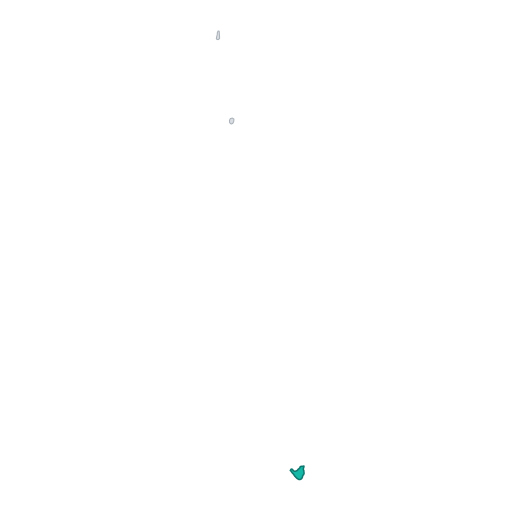 Addoo, Maldives shown in context, rotated 346°
{"feature_id": "70690204B51409682910063", "entity_name": "Addoo", "entity_type": "district", "adm_level": 2, "iso_a3": "MDV", "parent_name": "Maldives", "parent_adm1": "", "projection": "robinson", "projection_center": [73.16, -0.641], "detail": "fine", "context": "in_parent", "style": "filled", "palette": "teal", "viewbox_px": 512, "rotation_deg": 346, "n_neighbors": 0, "source": "geoboundaries", "source_scale": "gbopen_adm2", "svg_char_len": 2429}
<svg xmlns="http://www.w3.org/2000/svg" viewBox="0 0 512 512"><g transform="rotate(346 256 256)"><path d="M273.3,36.1L271.9,36.9L270.6,36.6L270.1,35.5L270.8,33.9L271.9,31.9L272.6,29.7L273.7,28.5L274.6,28.9L274.5,30.1L274.1,31.8L273.8,34.0L273.3,36.1ZM265.5,121.8L263.8,121.9L262.7,120.4L263.0,118.1L264.3,116.5L266.4,116.4L267.7,117.8L267.0,120.0L265.5,121.8Z" fill="#d9dde1" stroke="#a8b0b8" stroke-width="1"/><path d="M244.7,483.5L245.1,483.5L245.4,483.5L245.6,483.4L245.9,483.3L246.2,483.1L246.5,483.0L246.7,482.8L246.9,482.6L247.2,482.2L247.4,482.0L247.6,481.7L247.9,481.0L248.2,480.6L248.4,480.3L248.6,480.1L248.8,479.9L249.2,479.8L249.7,479.1L249.9,478.9L250.0,478.6L250.1,478.3L250.1,478.1L250.2,477.8L250.2,477.5L250.2,477.2L250.2,476.9L250.3,476.6L250.4,476.4L250.4,476.2L250.4,475.9L250.5,475.6L250.4,475.3L250.3,475.1L250.3,474.9L250.3,474.7L250.3,474.4L250.3,474.2L250.4,473.9L250.6,473.7L250.8,473.3L250.9,473.1L251.1,472.8L251.2,472.7L251.3,472.5L251.4,472.4L251.5,472.2L251.6,471.9L251.6,471.6L251.6,471.4L251.3,471.3L251.1,471.3L250.9,471.3L250.6,471.3L250.2,471.3L249.9,471.3L249.6,471.2L249.4,471.1L249.1,471.0L248.8,471.0L248.6,471.0L248.4,471.1L248.2,471.2L248.0,471.3L247.8,471.3L247.6,471.5L247.4,472.0L247.2,472.2L247.1,472.3L246.8,472.4L246.7,472.5L246.4,472.6L246.1,472.8L245.9,473.0L245.7,473.0L245.3,473.1L245.1,473.3L244.9,473.5L244.7,473.6L244.5,473.8L244.3,474.0L244.1,474.1L243.8,474.1L243.6,474.2L243.3,474.2L243.0,474.3L242.9,474.3L242.6,474.4L242.2,474.3L241.9,474.3L241.5,474.3L241.2,474.2L240.9,474.0L240.7,473.7L240.5,473.3L240.3,473.1L240.2,472.8L239.9,472.4L239.8,472.1L239.6,471.8L239.5,471.7L239.4,471.5L239.2,471.4L238.8,471.3L238.5,471.4L238.4,471.4L238.2,471.6L237.9,471.9L237.7,472.1L237.5,472.3L237.4,472.4L237.5,472.7L237.7,472.9L237.9,473.0L238.0,473.3L238.1,473.5L238.1,473.8L238.2,474.0L238.3,474.2L238.4,474.5L238.5,474.7L238.6,475.0L238.7,475.3L238.9,475.6L239.0,475.8L239.2,476.2L239.3,476.4L239.4,476.5L239.6,476.6L239.7,476.8L239.8,477.1L239.8,477.4L239.9,477.6L239.9,477.8L240.1,478.3L240.3,478.6L240.3,478.9L240.4,479.1L240.5,479.2L240.6,479.4L240.7,479.5L240.9,479.8L241.0,480.0L241.1,480.3L241.3,480.6L241.5,480.9L241.6,481.2L241.7,481.3L241.9,481.6L242.0,481.7L242.1,481.9L242.3,482.0L242.5,482.2L242.6,482.4L242.8,482.6L243.0,482.8L243.3,483.1L243.5,483.2L243.8,483.3L244.0,483.4L244.4,483.5L244.7,483.5Z" fill="#14b8a6" stroke="#0f766e" stroke-width="1.5"/></g></svg>